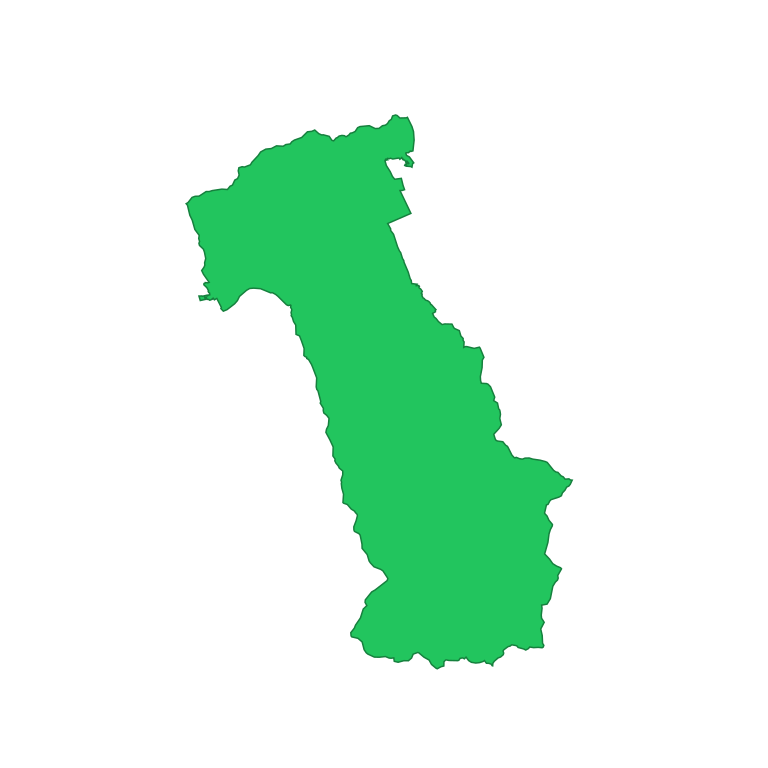 Caiuti, Bacau, Romania (Mercator projection), rotated 295°
{"feature_id": "2599482B38271521863944", "entity_name": "Caiuti", "entity_type": "district", "adm_level": 2, "iso_a3": "ROU", "parent_name": "Romania", "parent_adm1": "Bacau", "projection": "mercator", "projection_center": [26.906, 46.152], "detail": "fine", "context": "isolated", "style": "filled", "palette": "green", "viewbox_px": 768, "rotation_deg": 295, "n_neighbors": 0, "source": "geoboundaries", "source_scale": "gbopen_adm2", "svg_char_len": 6171}
<svg xmlns="http://www.w3.org/2000/svg" viewBox="0 0 768 768"><g transform="rotate(295 384 384)"><path d="M283.8,622.4L291.5,623.0L292.1,621.7L291.9,617.4L292.5,612.8L295.2,608.2L297.9,601.4L309.7,599.5L317.9,596.9L322.3,596.3L326.5,596.5L327.9,596.0L330.2,591.1L333.3,587.5L334.6,584.3L335.2,584.0L343.1,582.3L344.2,583.5L348.1,583.7L349.8,584.3L355.5,590.4L357.7,592.0L360.7,591.7L364.3,592.9L367.7,593.1L369.7,594.7L371.8,595.2L376.4,595.2L375.8,593.5L376.2,591.7L374.3,588.4L375.6,585.7L375.6,583.3L377.4,579.0L376.9,576.9L377.4,574.2L381.9,565.1L381.9,563.1L380.9,557.6L378.8,550.6L378.3,546.9L376.4,543.1L374.4,541.2L373.6,538.5L373.4,534.8L372.3,533.8L372.3,533.2L373.6,530.0L379.3,522.8L379.8,521.7L379.9,520.1L381.9,516.1L380.3,511.0L380.3,509.3L381.2,508.0L384.8,504.7L392.5,507.1L396.6,507.6L401.7,503.5L405.7,502.4L407.7,501.1L409.3,499.9L410.0,498.4L414.7,494.9L415.3,490.4L418.9,489.9L426.5,481.7L427.8,478.3L427.7,476.7L425.8,471.9L427.9,470.1L431.4,468.2L440.2,466.0L447.3,463.0L450.4,463.3L457.1,456.0L457.7,454.9L454.4,450.7L452.9,443.2L452.2,441.8L450.9,440.8L456.0,438.8L457.0,437.2L458.7,436.5L460.0,433.4L464.2,429.7L464.1,424.7L464.5,423.5L467.0,420.3L464.1,413.7L462.4,411.5L463.6,406.9L465.4,403.4L465.9,401.2L468.5,398.2L471.2,400.1L472.5,399.3L473.3,399.7L476.0,393.4L475.8,392.7L476.9,391.7L477.6,390.1L477.9,388.4L477.6,386.2L478.5,384.1L478.5,383.1L480.0,381.1L481.0,380.9L481.6,380.0L482.6,380.3L482.1,380.1L482.2,379.5L484.1,379.6L485.5,377.3L486.0,375.2L486.8,374.6L487.4,374.8L487.9,373.9L487.5,373.4L487.7,372.8L486.7,371.7L487.5,371.2L488.3,371.5L486.7,366.6L489.4,364.9L490.5,363.2L495.6,358.7L502.8,350.7L504.3,349.7L505.5,347.8L510.2,343.5L511.0,341.9L514.0,338.4L523.7,329.4L526.0,325.1L527.4,324.5L531.0,319.5L550.0,336.3L566.1,316.7L567.2,318.8L568.8,320.5L572.1,317.3L577.7,312.8L574.1,307.2L575.7,303.9L579.1,299.9L583.0,293.8L586.8,290.5L588.1,290.5L587.7,291.3L588.4,292.0L589.2,290.8L588.9,292.5L590.0,292.0L590.5,293.7L591.4,294.5L591.6,296.8L594.8,301.5L595.1,302.3L594.4,303.4L596.5,304.3L596.2,304.5L596.3,305.5L595.8,305.5L595.3,306.6L595.6,306.7L595.5,308.3L594.5,310.3L595.7,310.6L594.6,313.2L594.1,313.3L593.8,312.6L594.2,311.5L593.8,310.4L592.0,311.9L591.9,310.4L590.8,310.4L590.8,312.1L592.4,316.4L592.3,317.7L595.8,316.8L597.0,317.5L600.5,311.1L600.7,307.9L602.2,306.3L602.9,306.3L604.0,308.5L606.2,309.3L606.1,310.1L607.5,311.7L617.8,308.2L625.2,304.1L629.1,300.6L635.6,292.5L634.6,291.7L631.8,286.0L632.9,282.4L632.7,280.8L630.6,278.5L626.9,278.8L624.8,277.5L621.5,277.1L619.2,275.9L617.4,273.4L613.6,271.5L611.8,268.1L611.9,261.5L607.2,253.5L605.2,251.8L600.6,251.1L598.2,249.1L597.1,247.5L594.8,246.9L592.5,245.5L592.0,244.8L592.3,243.2L591.5,240.8L589.7,238.5L587.4,237.5L586.8,236.7L583.1,235.6L582.8,233.8L585.3,229.7L584.2,223.7L583.4,222.3L583.3,219.2L584.9,213.9L582.5,211.8L580.2,208.0L572.6,205.2L567.2,199.7L564.6,198.1L561.9,197.5L559.5,193.8L556.9,192.2L554.4,185.9L549.8,182.4L546.9,177.6L542.1,174.1L537.8,173.4L529.2,170.6L526.2,170.3L521.6,165.8L521.0,163.6L518.7,161.1L515.6,161.8L512.2,164.4L509.0,164.5L508.0,164.3L505.8,162.6L500.2,162.6L498.2,160.9L494.1,159.9L492.1,154.7L486.7,146.6L484.6,144.3L483.3,141.5L476.1,137.0L474.3,133.5L472.0,131.2L465.6,129.7L463.8,128.5L463.0,130.3L454.9,136.7L451.5,140.9L444.1,147.3L440.6,153.7L437.5,154.6L435.3,156.6L433.3,156.8L431.6,158.2L429.9,163.3L427.8,165.4L422.4,169.4L418.0,170.2L416.0,171.4L413.7,171.5L409.8,170.8L407.1,174.1L402.2,182.6L401.2,181.5L400.4,179.1L399.7,179.2L399.0,178.4L397.8,178.8L396.4,182.8L394.5,185.4L393.8,185.4L392.9,186.4L392.8,187.4L391.2,188.4L390.2,186.9L390.0,187.2L389.0,186.5L389.6,185.9L386.8,182.4L386.9,181.9L385.5,179.1L382.0,182.2L385.2,186.4L386.9,184.8L387.3,186.5L385.9,187.9L386.5,189.2L386.3,190.7L388.5,192.8L388.8,192.4L389.6,192.9L388.6,194.7L390.9,196.3L384.7,204.2L383.4,204.3L382.1,207.6L385.0,210.3L393.5,214.7L397.6,215.9L402.3,216.0L410.8,219.8L413.8,221.9L415.8,225.4L418.2,231.8L418.7,242.7L419.6,244.3L419.4,248.0L418.7,250.7L414.6,262.1L414.6,264.0L416.1,266.0L415.9,266.4L413.9,267.0L413.0,268.5L412.1,269.1L409.4,269.6L407.9,270.8L406.7,271.0L405.6,272.8L402.4,275.6L400.1,279.1L391.8,283.3L391.9,287.1L388.3,290.9L382.4,296.6L376.0,299.3L375.5,300.8L375.5,302.7L374.5,303.2L374.3,305.3L371.0,310.1L368.8,312.5L361.1,320.4L352.7,323.8L350.7,325.4L350.0,326.9L348.4,328.3L341.4,334.1L339.7,334.3L336.4,339.3L334.2,340.2L332.3,341.7L331.4,345.3L329.6,348.7L322.8,351.1L318.7,351.0L315.6,351.8L310.5,358.6L305.5,364.5L297.2,368.1L295.3,371.4L293.6,371.9L291.9,374.0L290.5,377.1L288.9,379.0L287.7,383.4L284.2,385.0L278.6,385.7L277.1,387.1L275.7,387.4L271.8,389.8L267.0,393.9L259.2,396.9L258.9,397.8L259.3,401.7L256.8,407.1L256.3,411.2L255.5,412.2L254.4,414.9L253.2,415.6L248.4,416.5L241.8,417.0L239.0,418.4L237.9,419.6L237.8,424.5L236.9,426.3L229.6,431.7L225.8,433.6L222.3,440.9L217.3,445.3L216.1,447.3L214.1,452.2L214.6,459.3L214.2,462.0L209.4,469.7L207.1,469.9L193.6,463.0L190.3,460.7L180.5,458.3L178.1,459.1L175.9,462.1L171.3,460.3L162.0,461.5L153.5,460.1L150.2,460.3L144.6,459.0L141.8,460.6L141.2,461.7L142.5,467.9L141.0,473.2L134.8,478.3L132.9,481.5L132.4,483.4L132.4,490.6L134.4,495.2L137.6,500.5L137.8,504.5L138.5,506.4L139.9,508.6L137.0,510.5L137.8,514.4L141.6,518.9L143.5,523.1L147.3,524.8L151.5,524.6L154.9,528.0L155.1,529.1L153.3,535.7L152.9,541.5L149.9,545.6L148.4,551.3L148.4,552.6L151.8,555.1L153.7,557.4L157.6,555.7L159.7,556.4L160.2,556.9L160.9,559.7L164.5,567.9L165.5,568.7L167.5,568.9L169.0,571.0L168.9,573.0L171.1,573.8L169.1,577.6L168.7,580.8L169.9,585.1L171.9,588.4L174.5,591.2L175.8,591.9L174.2,594.8L175.1,597.0L175.4,599.4L174.4,601.1L174.5,601.6L176.8,600.7L179.3,601.1L184.0,603.2L185.9,605.1L189.1,606.5L190.7,606.2L192.4,604.7L193.7,604.9L198.4,607.4L199.8,609.1L201.6,610.0L202.7,614.1L202.8,615.0L201.9,616.9L202.9,622.6L202.8,624.9L205.2,626.7L207.2,627.2L208.3,631.0L210.5,635.1L211.8,638.8L212.9,639.5L214.7,639.3L216.0,637.3L222.9,633.7L228.2,629.6L235.7,629.9L238.3,625.8L241.0,624.2L247.6,622.0L250.2,620.3L253.4,624.8L259.7,625.5L272.0,622.5L276.8,623.0L279.7,624.1L281.7,623.9L283.8,622.4Z" fill="#22c55e" stroke="#15803d" stroke-width="1.5"/></g></svg>